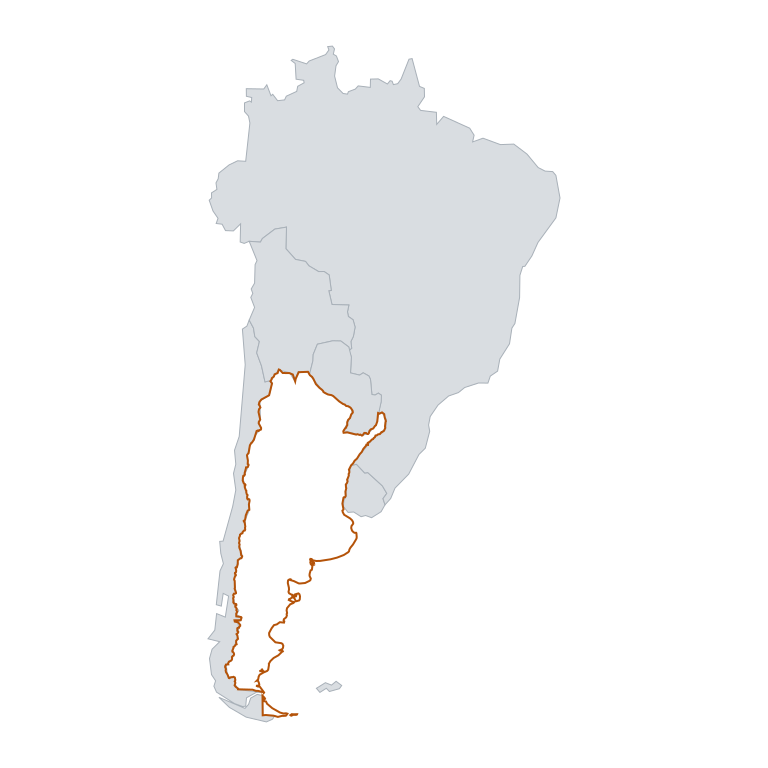 Argentina shown with its bordering countries
{"feature_id": "ARG", "entity_name": "Argentina", "entity_type": "country or territory", "adm_level": 0, "iso_a3": "ARG", "parent_name": "South America", "parent_adm1": "", "projection": "equal_earth", "projection_center": [-65.46, -38.417], "detail": "fine", "context": "with_neighbors", "style": "outline", "palette": "amber", "viewbox_px": 768, "rotation_deg": 0, "n_neighbors": 6, "source": "natural_earth", "source_scale": "50m", "svg_char_len": 10930}
<svg xmlns="http://www.w3.org/2000/svg" viewBox="0 0 768 768"><path d="M262.4,695.5L262.9,715.4L274.8,715.7L272.5,719.2L266.4,721.9L246.1,717.1L229.4,707.4L218.9,697.3L245.0,708.4L248.6,704.3L250.7,698.1L257.2,694.4L262.4,695.5ZM249.2,320.1L253.5,328.1L254.8,336.6L259.4,341.5L256.7,352.9L261.5,365.9L265.0,381.9L271.2,380.4L272.2,383.2L269.3,395.2L260.0,400.9L260.4,420.0L258.7,423.7L261.3,428.1L255.4,435.2L249.9,445.8L247.1,456.0L248.0,466.9L243.1,478.3L247.2,497.4L249.4,499.4L249.6,509.5L245.1,520.1L245.5,529.1L239.5,536.1L239.7,545.9L242.4,556.3L237.7,560.1L234.3,580.2L236.1,592.7L233.0,594.8L235.2,606.6L238.8,610.4L236.4,614.6L240.1,616.6L241.0,620.4L237.7,622.3L238.8,628.1L236.4,641.2L232.8,649.5L233.8,654.3L231.7,660.4L226.2,664.6L227.4,674.6L230.1,678.0L235.0,677.4L235.2,684.4L238.4,689.7L262.8,692.4L256.4,692.3L246.5,697.8L245.7,706.2L242.6,706.5L234.4,703.5L216.5,692.1L213.9,686.2L215.6,680.8L211.5,674.6L209.5,658.5L212.1,649.2L219.7,641.7L208.0,638.8L214.8,630.1L216.6,613.6L225.3,617.1L228.6,596.1L223.2,593.4L221.3,606.1L216.3,604.7L220.0,570.9L223.4,563.7L220.8,553.4L219.7,541.4L223.1,541.1L232.7,506.4L235.8,490.0L233.5,473.4L235.8,464.2L234.5,450.3L239.2,436.5L245.2,364.8L242.4,329.1L246.9,326.1L249.2,320.1Z" fill="#d9dde1" stroke="#a8b0b8" stroke-width="1"/><path d="M316.4,688.3L325.4,682.7L331.5,685.1L336.1,681.3L341.7,685.5L339.4,688.7L329.4,691.5L326.3,688.3L319.9,692.4L316.4,688.3Z" fill="#d9dde1" stroke="#a8b0b8" stroke-width="1"/><path d="M351.1,465.5L356.5,464.3L364.7,473.0L367.8,472.6L382.4,485.9L386.8,493.4L383.0,498.6L385.0,504.8L381.1,511.7L371.6,517.7L365.6,515.5L361.1,516.7L353.7,512.0L348.1,512.4L343.3,506.4L344.1,499.3L346.0,496.8L346.2,485.9L351.1,465.5Z" fill="#d9dde1" stroke="#a8b0b8" stroke-width="1"/><path d="M385.0,504.8L383.0,498.6L386.8,493.4L382.4,485.9L367.8,472.6L364.7,473.0L356.5,464.3L351.1,465.5L372.6,439.3L385.8,428.4L386.3,419.3L382.2,412.7L377.9,414.9L381.2,401.5L381.4,395.2L378.4,393.1L375.1,395.0L371.9,394.5L370.5,379.4L368.9,376.0L363.2,372.8L359.6,375.1L350.5,372.9L351.4,357.1L348.9,350.6L351.7,348.2L350.9,341.5L353.4,336.4L355.1,327.1L353.1,319.8L348.4,316.5L347.5,311.8L348.9,305.0L332.0,304.5L328.8,290.7L331.3,290.5L329.2,275.0L324.1,271.5L318.6,271.6L308.9,265.8L305.5,261.4L295.5,259.4L285.9,248.7L286.5,227.1L274.8,229.1L262.4,238.5L260.4,242.1L249.2,241.3L244.2,243.4L240.2,242.0L240.6,223.8L233.4,230.9L225.5,230.6L222.1,224.2L216.2,223.5L218.0,218.3L213.0,211.0L209.2,200.2L211.6,198.0L211.5,192.9L216.9,189.4L216.0,182.9L218.2,178.7L218.9,173.1L229.1,164.9L237.6,160.8L245.7,161.3L249.9,123.0L248.5,116.1L244.5,111.6L244.5,102.9L249.6,100.9L251.4,102.1L251.7,97.5L246.4,96.3L246.3,88.7L263.8,89.0L266.8,84.8L271.0,95.8L272.7,94.3L277.6,100.7L284.6,99.9L286.3,96.2L296.7,91.4L297.7,86.3L304.1,82.8L303.7,80.3L296.1,79.2L295.2,63.5L291.2,60.4L292.8,59.3L306.6,63.9L309.2,61.0L325.6,54.6L328.9,50.0L327.7,46.6L332.4,46.1L334.5,48.9L333.3,54.2L336.4,56.0L338.5,61.6L336.0,65.8L334.6,76.1L337.5,87.8L343.1,93.5L347.5,94.1L348.4,91.7L355.3,89.1L358.2,85.9L370.3,87.4L370.5,79.1L378.3,78.9L387.4,84.0L390.1,80.7L392.1,81.2L393.4,84.6L397.7,83.7L401.1,79.1L409.0,59.2L412.1,58.6L419.5,86.4L424.3,88.4L424.5,96.8L417.8,106.7L420.6,110.4L436.4,112.3L436.7,124.4L443.6,116.4L469.7,128.2L474.1,135.2L472.6,141.9L483.0,138.2L500.4,144.6L513.8,144.1L527.0,154.1L538.2,167.6L545.1,171.1L552.7,171.6L555.9,175.4L560.0,198.0L555.9,217.9L538.0,242.4L531.9,255.9L524.9,266.3L522.7,266.5L519.9,275.3L519.6,297.5L514.9,323.5L511.9,328.1L509.5,343.8L499.8,359.1L497.6,371.1L490.3,376.1L487.9,383.1L478.5,383.0L464.7,387.5L458.4,392.6L448.6,396.0L438.0,405.1L430.2,416.5L428.6,425.0L429.7,431.3L425.3,448.2L419.0,454.4L408.7,474.1L395.0,488.1L390.7,498.5L385.0,504.8Z" fill="#d9dde1" stroke="#a8b0b8" stroke-width="1"/><path d="M249.2,241.3L260.4,242.1L262.4,238.5L274.8,229.1L286.5,227.1L285.9,248.7L295.5,259.4L305.5,261.4L308.9,265.8L318.6,271.6L324.1,271.5L329.2,275.0L331.3,290.5L328.8,290.7L332.0,304.5L348.9,305.0L347.5,311.8L348.4,316.5L353.1,319.8L355.1,327.1L353.4,336.4L350.9,341.5L351.7,348.2L348.9,350.6L348.8,347.0L340.8,341.0L332.7,340.8L317.4,344.2L313.2,354.5L312.9,360.8L309.4,374.7L308.0,372.2L298.1,371.7L294.7,381.1L289.7,372.7L278.4,369.9L271.2,380.4L265.0,381.9L261.5,365.9L256.7,352.9L259.4,341.5L254.8,336.6L253.5,328.1L249.2,320.1L254.6,307.4L250.8,297.4L252.8,293.4L251.2,289.0L254.6,283.1L255.1,264.6L257.0,260.6L249.2,241.3Z" fill="#d9dde1" stroke="#a8b0b8" stroke-width="1"/><path d="M348.8,347.0L351.4,357.1L350.5,372.9L359.6,375.1L363.2,372.8L368.9,376.0L370.5,379.4L371.9,394.5L375.1,395.0L378.4,393.1L381.4,395.2L381.2,401.5L376.2,425.0L368.2,433.7L361.5,435.5L343.5,430.7L352.3,413.4L351.2,408.3L342.4,403.8L332.1,395.3L325.1,393.6L309.4,374.7L312.9,360.8L313.2,354.5L317.4,344.2L332.7,340.8L340.8,341.0L348.8,347.0Z" fill="#d9dde1" stroke="#a8b0b8" stroke-width="1"/><path d="M351.2,465.2L348.9,469.7L349.3,471.1L349.3,472.7L348.6,474.0L348.8,475.4L348.5,476.4L347.1,479.8L347.6,481.2L347.1,482.8L345.8,484.5L346.0,487.4L346.3,488.1L345.4,491.6L345.7,495.9L345.0,497.2L344.0,497.2L343.5,497.6L342.4,503.7L343.5,509.5L342.4,510.6L342.8,512.3L344.2,514.8L350.1,518.4L352.1,520.3L353.1,522.2L353.2,523.7L351.5,526.0L351.2,528.0L352.0,530.6L353.5,532.2L354.6,532.8L356.2,532.8L356.4,533.2L356.7,536.9L356.6,538.2L356.1,539.3L353.0,544.5L350.4,547.7L349.4,549.5L349.0,551.3L348.2,552.2L343.8,555.0L337.1,557.6L330.5,559.3L320.2,560.9L316.3,561.0L314.3,560.6L312.6,560.2L311.6,559.0L310.4,558.9L310.1,559.5L310.6,560.9L310.3,562.6L310.7,563.6L312.6,564.9L311.6,565.0L312.4,565.9L311.9,569.7L310.6,570.4L309.7,573.5L309.5,575.2L309.7,576.3L310.8,578.5L310.4,580.0L309.6,580.8L305.1,583.0L299.9,583.5L298.7,583.4L293.9,581.1L290.2,580.0L290.6,579.4L290.1,579.2L288.5,579.9L288.0,580.7L287.8,583.0L288.9,587.7L289.0,589.6L288.5,591.9L289.1,593.3L292.0,594.9L292.6,594.8L292.8,595.0L292.3,595.9L292.4,596.5L293.5,596.6L296.0,596.3L296.4,594.9L294.9,594.8L295.0,594.4L298.4,593.4L299.3,594.1L299.7,595.1L300.0,596.4L299.8,599.3L299.2,600.4L296.5,601.2L295.8,601.0L294.3,598.1L293.0,597.5L291.7,597.6L290.5,598.7L289.2,599.0L288.8,600.0L291.9,601.5L294.3,602.1L293.4,603.0L290.2,604.3L287.0,608.2L286.6,610.4L287.1,613.0L286.6,614.1L286.9,615.4L286.2,617.3L283.9,619.2L283.6,620.5L284.3,621.3L284.0,622.6L279.8,622.2L276.8,624.4L274.0,625.1L271.6,628.3L269.1,633.0L269.2,635.1L269.8,636.8L275.4,642.3L281.3,643.2L282.4,643.8L283.3,645.7L283.0,647.8L282.2,649.1L279.6,650.3L280.0,650.6L281.8,650.3L282.4,650.6L282.8,651.4L282.0,651.8L278.4,655.3L273.6,658.0L270.4,661.1L268.8,663.9L269.0,664.8L268.2,669.7L267.2,670.9L264.7,672.0L263.0,670.9L261.6,668.7L261.9,669.8L261.7,670.5L259.4,671.1L262.2,671.2L263.5,672.5L259.7,674.7L258.7,676.5L258.2,679.2L256.8,680.7L257.9,680.4L259.0,683.2L259.3,684.6L259.1,685.5L256.1,685.8L258.2,686.6L259.3,686.3L259.8,686.7L264.1,692.5L263.8,692.9L263.6,692.3L258.2,690.9L256.1,690.9L252.6,689.7L238.0,689.3L238.1,688.6L235.7,686.8L234.6,685.4L235.3,683.2L235.3,682.5L234.7,681.3L235.2,680.7L235.3,679.6L234.8,677.5L233.5,676.8L232.7,677.1L230.9,677.2L229.3,678.2L228.8,678.0L227.5,674.5L226.0,672.2L225.6,670.2L226.0,669.1L225.1,667.1L225.2,666.0L225.7,665.4L225.9,664.6L228.3,664.4L228.1,663.4L228.9,661.7L231.1,660.6L231.9,659.6L232.1,658.4L231.9,657.0L232.7,656.0L233.7,655.5L234.1,654.2L233.8,653.1L233.2,652.2L232.4,651.7L232.3,650.8L233.5,647.9L233.4,647.1L235.2,645.6L235.6,644.6L236.6,644.3L236.1,642.4L236.2,640.6L238.0,638.9L237.4,635.6L236.5,634.1L237.9,632.9L238.3,632.0L237.3,630.9L237.3,628.3L237.7,627.9L239.1,627.7L239.2,626.9L240.2,625.9L240.2,624.9L238.2,622.4L234.8,621.6L234.5,620.3L240.7,620.2L241.4,618.2L241.5,617.5L241.0,617.0L236.3,616.4L236.2,613.6L237.2,611.8L236.3,610.1L236.7,609.6L236.6,608.4L235.3,606.9L235.3,605.9L236.3,605.4L236.4,604.8L236.2,604.1L234.0,603.5L233.3,602.3L233.4,600.1L233.1,598.1L233.8,597.0L233.2,595.3L233.3,594.8L233.9,593.7L235.2,593.7L236.0,593.2L236.0,592.7L234.6,588.6L234.9,587.7L234.7,580.8L234.1,579.7L234.2,578.7L235.1,576.1L235.8,575.5L235.9,575.0L235.1,574.0L234.9,573.3L235.0,572.8L235.8,572.5L236.1,571.7L236.2,570.3L235.5,567.7L236.0,567.2L236.9,567.3L237.8,564.0L237.8,560.3L240.3,558.4L241.4,558.2L242.1,556.8L242.2,556.2L241.2,555.2L240.6,550.9L239.4,547.9L239.2,546.5L239.6,544.5L239.0,543.0L239.6,541.0L239.0,538.1L239.9,536.0L240.0,534.7L241.2,533.6L242.4,533.3L242.6,532.1L243.9,530.6L244.8,530.5L245.2,529.7L245.0,527.7L245.3,526.6L244.9,523.9L244.5,521.8L243.9,521.6L243.7,520.9L245.1,519.8L245.8,515.3L247.7,510.6L249.3,509.8L248.9,504.4L249.6,500.8L249.4,499.5L248.8,499.1L247.7,499.4L247.2,498.6L247.1,496.7L247.6,495.1L246.8,494.3L246.3,492.3L246.3,490.6L245.8,490.1L244.8,487.3L244.7,485.8L245.2,485.7L245.5,484.9L244.9,484.0L243.9,483.6L242.7,480.6L242.9,477.8L243.2,475.9L243.6,475.5L244.3,475.6L244.9,474.5L244.6,473.2L246.0,468.0L246.0,467.4L247.7,467.1L248.6,465.1L248.5,464.5L247.7,464.0L247.9,460.5L247.0,455.5L247.2,454.7L248.6,453.1L249.9,445.3L251.3,442.9L251.8,442.8L253.9,439.8L256.6,431.0L257.8,430.5L258.3,431.0L258.8,430.9L259.2,430.2L260.9,429.6L261.1,429.0L261.1,427.9L258.7,423.3L258.8,421.9L260.2,419.6L258.5,412.0L259.0,409.2L260.4,407.5L259.6,405.6L258.8,404.6L259.3,402.2L261.4,399.5L269.1,395.3L272.0,383.4L270.4,381.3L271.6,379.4L271.8,378.2L273.8,376.6L274.6,374.3L277.6,373.1L278.8,369.5L279.9,369.9L282.7,373.0L289.4,373.1L292.8,374.5L295.2,381.4L295.7,378.8L298.7,372.2L308.0,371.8L309.9,375.2L312.1,376.9L313.4,378.9L315.9,384.1L319.5,387.9L322.0,389.8L323.1,391.0L323.5,392.1L328.0,394.5L331.4,395.1L333.2,396.0L339.2,401.4L343.1,404.0L344.9,404.6L346.2,406.0L348.1,406.2L349.6,407.0L350.8,408.0L352.3,410.2L352.7,411.1L352.8,412.6L351.2,414.4L350.0,418.0L348.1,419.9L347.2,422.2L347.3,425.1L346.0,427.3L346.1,427.7L345.1,428.4L343.5,430.8L343.3,431.5L343.6,432.8L347.3,432.4L356.2,434.6L357.4,434.2L359.6,434.9L360.5,434.6L361.9,435.6L362.5,435.4L364.3,432.9L366.1,433.0L367.4,434.0L368.1,434.0L368.8,433.3L369.4,431.0L370.7,429.4L373.2,428.5L375.0,425.9L375.9,425.3L377.3,421.4L378.1,413.0L379.5,413.6L382.0,412.4L384.2,414.1L384.7,417.4L385.9,421.2L385.5,421.9L385.0,426.4L385.2,427.9L384.1,430.7L381.7,432.4L381.4,432.2L379.9,434.1L377.9,434.4L376.9,435.3L375.5,435.5L374.8,437.3L373.7,438.0L373.1,439.1L371.9,439.5L369.9,441.6L367.7,442.9L367.5,443.5L368.0,444.0L368.0,444.9L366.3,444.8L366.1,445.6L363.3,448.9L361.8,451.9L359.7,454.2L357.0,458.6L354.6,460.7L353.0,463.5L351.2,465.2ZM262.7,715.3L262.5,695.6L264.6,697.9L265.4,699.5L264.7,698.9L264.0,699.3L263.3,700.4L263.6,701.1L266.0,701.5L267.1,703.8L272.3,708.2L279.9,712.5L283.4,713.5L286.0,713.3L287.4,713.7L286.2,715.5L285.3,715.8L281.9,715.9L277.9,716.9L273.6,715.7L265.8,715.0L262.7,715.3ZM291.9,714.1L292.6,714.3L297.1,714.2L297.0,714.5L296.0,714.9L293.5,714.8L291.2,715.7L290.4,715.1L291.9,714.1ZM314.0,562.8L314.1,563.5L313.7,563.4L312.7,562.8L312.3,561.9L314.0,562.8Z" fill="none" stroke="#b45309" stroke-width="2"/></svg>